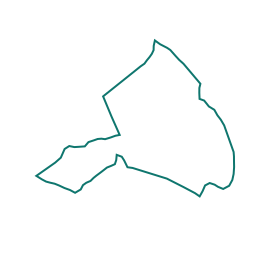 São José dos Ramos, Paraíba, Brazil, rotated 349°
{"feature_id": "56859067B22442503406316", "entity_name": "São José dos Ramos", "entity_type": "district", "adm_level": 2, "iso_a3": "BRA", "parent_name": "Brazil", "parent_adm1": "Paraíba", "projection": "natural_earth1", "projection_center": [-35.36, -7.235], "detail": "fine", "context": "isolated", "style": "outline", "palette": "teal", "viewbox_px": 256, "rotation_deg": 349, "n_neighbors": 0, "source": "geoboundaries", "source_scale": "gbopen_adm2", "svg_char_len": 1151}
<svg xmlns="http://www.w3.org/2000/svg" viewBox="0 0 256 256"><g transform="rotate(349 128 128)"><path d="M152.1,69.9L109.6,92.2L114.0,113.6L118.5,133.2L114.2,133.2L109.1,134.0L103.4,134.6L99.8,133.4L96.1,133.0L92.1,133.6L86.5,134.3L82.1,137.8L75.5,137.0L71.7,136.5L66.9,134.5L61.8,136.5L59.1,140.4L56.4,144.3L49.9,148.1L28.9,157.5L33.7,162.0L37.4,165.0L41.1,166.8L45.4,168.7L49.4,171.3L54.2,174.8L59.2,177.8L63.7,181.5L69.9,179.3L72.9,175.5L76.6,173.8L81.1,172.8L84.7,170.4L87.9,168.7L92.9,166.3L96.3,164.6L99.8,162.8L104.0,162.0L108.2,161.0L110.3,157.3L111.8,152.2L116.4,155.0L118.0,159.0L120.0,166.4L124.9,168.1L156.5,185.1L171.0,196.4L181.3,204.7L185.3,208.8L189.2,204.2L192.7,199.1L197.7,197.6L202.3,200.2L205.1,202.9L209.8,206.0L216.3,204.0L220.5,198.9L222.9,193.3L224.7,186.6L225.7,180.9L226.6,176.1L227.1,171.7L222.9,143.8L220.7,137.6L218.2,132.6L216.2,126.6L211.5,122.3L208.0,115.6L203.8,113.1L204.7,107.1L205.7,102.3L207.5,98.4L194.7,75.5L191.3,71.0L188.6,66.6L184.4,59.5L181.7,56.8L175.5,51.9L171.1,47.2L168.9,52.3L168.0,56.4L165.6,59.7L162.9,62.3L159.4,65.2L156.4,68.0L152.1,69.9Z" fill="none" stroke="#0f766e" stroke-width="2"/></g></svg>